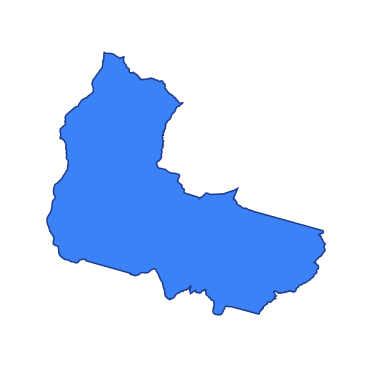 outline of Yantzaza, Zamora Chinchipe, Ecuador, rotated 16°
{"feature_id": "8360857B42265273644391", "entity_name": "Yantzaza", "entity_type": "district", "adm_level": 2, "iso_a3": "ECU", "parent_name": "Ecuador", "parent_adm1": "Zamora Chinchipe", "projection": "mercator", "projection_center": [-78.581, -3.714], "detail": "fine", "context": "isolated", "style": "filled", "palette": "blue", "viewbox_px": 384, "rotation_deg": 16, "n_neighbors": 0, "source": "geoboundaries", "source_scale": "gbopen_adm2", "svg_char_len": 5995}
<svg xmlns="http://www.w3.org/2000/svg" viewBox="0 0 384 384"><g transform="rotate(16 192 192)"><path d="M155.4,288.1L160.4,288.1L160.4,287.8L161.0,287.5L162.5,287.1L165.7,283.5L166.6,283.0L169.5,282.7L171.0,282.1L172.4,281.1L174.2,278.3L175.6,276.9L176.4,276.4L177.8,276.1L179.3,277.7L182.0,279.9L185.6,284.6L188.5,287.2L190.8,291.5L192.9,294.7L194.8,299.1L197.0,300.7L200.3,301.6L200.8,301.3L200.7,300.5L201.0,300.0L202.4,300.0L202.8,299.7L203.9,298.0L205.1,294.4L206.3,293.2L207.8,292.2L208.9,290.1L210.7,290.1L211.3,288.9L212.1,288.0L213.5,287.9L213.8,287.1L214.8,286.6L215.5,285.0L215.7,283.5L216.2,283.0L216.9,282.8L217.1,283.6L216.7,285.1L216.7,286.7L218.5,290.1L222.2,285.7L222.4,286.4L223.3,287.2L224.8,287.3L226.0,286.8L227.5,287.1L228.0,286.1L228.5,285.8L228.6,285.0L229.3,284.3L228.9,284.3L229.1,284.0L231.5,283.0L230.9,282.5L231.5,281.9L232.3,282.5L232.4,283.8L233.2,284.8L233.6,286.5L233.9,286.7L236.2,287.7L237.4,288.7L238.8,288.9L239.7,290.3L241.5,290.3L243.0,291.0L243.7,292.7L244.4,293.6L244.7,299.3L245.3,301.5L246.2,302.7L248.5,303.2L252.6,302.4L253.9,301.5L254.5,299.9L255.6,293.2L256.3,292.3L259.7,291.9L261.7,291.4L289.1,291.0L289.5,290.7L290.0,290.7L290.3,290.4L290.1,288.5L291.3,286.5L291.2,285.7L291.6,285.6L291.6,284.3L292.4,284.3L292.2,283.0L292.5,282.0L293.3,281.2L294.1,279.8L295.4,278.6L294.9,277.9L295.2,277.3L296.5,276.2L296.9,276.1L297.5,276.4L298.3,275.8L298.5,275.0L299.1,274.4L299.9,272.4L301.7,271.5L300.3,270.8L300.1,270.3L301.6,269.0L301.6,268.6L300.3,268.1L299.6,266.8L298.3,265.8L298.2,264.9L299.2,264.5L301.6,264.7L302.8,265.5L303.5,265.1L304.9,264.9L305.8,264.1L307.0,264.0L308.2,262.8L310.0,262.6L310.9,261.5L312.1,260.7L313.4,260.6L313.8,259.9L315.3,259.8L315.6,260.2L316.5,260.3L317.5,260.1L318.9,258.8L319.0,255.8L319.5,255.0L320.3,254.6L320.5,253.3L321.2,251.9L323.1,250.8L323.6,249.7L324.1,249.1L326.0,248.2L327.1,246.8L327.4,246.0L329.5,244.1L330.1,242.7L330.8,242.0L330.9,241.4L332.3,240.0L332.0,238.4L333.4,236.1L334.1,235.3L334.1,234.5L333.8,234.3L333.3,233.1L333.8,231.7L334.5,231.0L334.4,229.4L333.9,228.3L333.4,227.8L332.0,227.5L331.1,226.6L330.2,226.3L329.7,226.4L328.6,226.0L329.3,225.0L329.9,224.7L330.0,223.4L330.8,221.7L331.5,221.2L331.8,219.8L332.8,219.1L332.9,218.3L334.1,217.6L334.2,215.6L335.1,214.1L335.9,211.7L335.7,210.5L334.6,209.4L333.9,207.7L334.4,205.0L333.0,204.6L331.9,203.5L331.4,203.2L330.8,201.8L329.3,201.1L328.6,199.3L325.7,198.3L326.3,197.2L326.9,197.2L327.4,196.4L327.9,196.3L329.2,195.2L329.0,194.8L329.2,194.2L328.5,193.1L255.8,193.7L255.1,193.4L251.3,193.4L248.1,192.7L245.9,193.5L244.4,193.2L242.8,192.3L240.7,191.8L239.6,191.9L238.7,191.4L238.0,189.8L236.1,188.2L236.1,187.9L235.1,187.6L234.4,187.8L234.2,186.8L233.4,186.6L233.4,186.1L233.9,185.2L234.9,176.0L232.2,178.6L222.6,185.2L210.9,189.1L209.2,189.3L207.7,188.9L206.1,189.1L205.5,189.4L203.6,192.9L202.6,194.2L201.7,194.9L200.8,196.4L199.8,195.3L184.7,195.0L183.9,193.0L184.2,191.9L183.5,191.4L182.5,191.2L180.5,189.6L180.4,189.2L180.7,188.6L180.3,188.2L177.5,187.1L175.1,185.7L175.6,179.6L174.5,178.7L170.3,178.8L166.6,179.6L163.3,179.1L159.6,177.5L157.6,178.0L156.5,177.7L155.8,177.8L154.4,178.4L152.1,177.4L151.8,176.5L150.6,175.5L150.0,172.7L150.2,172.2L152.0,170.9L152.2,169.3L152.8,169.0L153.0,167.9L152.7,167.4L152.9,166.8L152.7,165.3L152.2,164.7L152.0,163.4L152.3,162.9L152.0,162.4L152.0,161.2L151.0,160.0L151.1,158.6L151.6,158.1L151.4,156.6L151.7,155.8L150.8,155.7L150.6,155.5L150.7,154.8L151.1,154.1L150.4,153.6L150.6,152.5L150.2,151.8L150.8,151.0L149.0,149.5L149.2,147.9L148.2,147.2L148.0,145.9L148.9,145.3L148.3,144.3L148.5,143.2L148.1,143.0L147.8,142.1L148.5,141.5L148.0,140.9L148.4,140.4L148.4,139.5L148.9,138.6L148.6,136.8L148.1,136.1L148.4,135.1L148.2,134.8L148.1,133.0L148.9,131.6L148.7,130.9L149.6,129.8L151.0,127.1L151.2,122.8L151.8,122.2L152.2,121.0L153.1,120.0L153.6,117.4L153.6,115.9L154.1,114.3L154.8,113.5L156.0,113.1L156.5,111.9L158.0,109.9L158.5,108.8L157.8,108.8L157.7,109.7L157.1,110.1L155.5,109.8L153.9,109.2L153.7,108.7L152.4,107.7L151.4,107.7L151.4,107.3L149.8,105.8L148.8,106.0L147.3,104.9L146.6,104.5L146.0,104.6L144.9,103.8L143.1,103.9L142.0,102.8L141.1,102.5L138.4,100.3L137.1,99.6L137.2,97.9L136.7,96.9L136.2,96.5L136.1,95.6L134.0,95.0L133.4,93.6L131.8,93.6L131.2,94.1L130.9,94.7L130.5,94.9L129.0,94.2L127.7,94.1L126.7,94.3L125.7,94.1L124.9,94.4L124.7,94.0L123.7,93.6L123.4,93.6L122.4,94.1L121.8,93.7L120.5,94.2L119.9,94.9L118.7,94.9L117.6,96.3L116.0,96.3L114.7,96.8L114.0,97.5L112.9,97.5L112.5,97.9L111.8,97.5L111.6,98.0L110.2,97.2L110.0,96.3L108.8,96.1L107.6,94.8L104.4,93.7L103.7,93.9L103.0,93.1L100.3,94.4L99.1,94.1L98.1,93.4L98.2,92.1L97.5,91.0L94.4,89.7L94.0,88.5L90.9,86.2L89.7,83.8L89.3,80.8L86.5,82.7L85.3,83.1L81.3,82.2L79.4,81.4L77.9,81.0L75.2,81.3L71.7,82.3L69.9,82.3L69.2,82.0L69.3,83.5L70.4,87.7L70.3,90.7L71.1,94.0L71.3,97.7L69.9,100.7L69.1,103.6L68.1,105.7L67.6,107.2L67.4,108.8L66.0,111.1L65.9,112.9L66.2,116.1L68.4,119.1L69.5,122.9L67.9,125.7L65.9,127.9L65.3,130.0L64.2,130.4L63.3,131.6L61.5,133.0L60.5,134.5L59.1,138.8L59.1,140.7L56.5,142.6L55.7,143.5L49.9,152.5L49.5,153.6L49.6,155.7L50.5,157.1L50.4,159.5L51.2,160.3L51.7,161.9L49.2,165.7L48.1,167.9L48.3,169.5L50.3,173.7L50.3,176.7L50.7,177.0L52.2,176.5L53.7,177.4L54.9,177.6L56.2,179.2L57.2,180.0L58.0,181.7L58.3,183.6L59.0,185.7L60.0,186.8L60.3,188.0L60.3,189.2L61.3,190.6L61.7,193.8L62.9,195.1L64.0,195.6L64.7,196.7L65.5,202.1L66.0,203.7L65.9,205.6L65.3,206.6L65.1,208.5L63.8,212.0L63.6,214.4L61.2,218.2L60.8,219.5L58.6,222.1L58.0,223.6L58.3,228.2L58.8,230.1L60.0,232.6L62.4,234.6L60.5,239.4L61.7,247.2L61.8,249.7L60.1,255.8L60.0,257.7L61.4,261.8L65.7,267.7L66.1,268.7L72.0,273.8L72.5,278.8L73.1,280.2L74.8,281.0L78.1,281.0L79.3,283.2L81.2,288.1L83.5,290.2L86.0,290.9L87.3,291.7L89.1,291.8L91.4,291.5L95.3,292.3L97.6,291.7L99.1,292.2L99.9,292.1L101.0,291.7L101.8,291.1L102.2,290.3L102.5,288.6L106.4,286.4L107.8,286.1L108.3,286.2L108.7,287.2L109.0,287.3L155.4,287.1L155.4,288.1Z" fill="#3b82f6" stroke="#1e3a8a" stroke-width="1.5"/></g></svg>